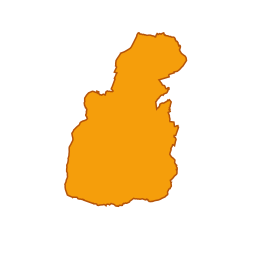 Prigoria, Gorj, Romania, rotated 331°
{"feature_id": "2599482B96975786265772", "entity_name": "Prigoria", "entity_type": "district", "adm_level": 2, "iso_a3": "ROU", "parent_name": "Romania", "parent_adm1": "Gorj", "projection": "albers", "projection_center": [23.699, 45.065], "detail": "fine", "context": "isolated", "style": "filled", "palette": "amber", "viewbox_px": 256, "rotation_deg": 331, "n_neighbors": 0, "source": "geoboundaries", "source_scale": "gbopen_adm2", "svg_char_len": 5791}
<svg xmlns="http://www.w3.org/2000/svg" viewBox="0 0 256 256"><g transform="rotate(331 128 128)"><path d="M130.3,205.5L130.9,204.8L131.4,203.4L131.6,203.0L134.1,201.3L134.6,201.2L135.4,201.4L135.6,201.2L136.3,200.6L137.6,200.0L138.2,198.9L138.6,197.5L138.9,197.1L139.4,196.7L139.1,196.6L139.2,196.2L139.5,194.8L139.5,194.6L139.7,194.2L140.9,194.1L141.1,194.3L141.7,193.9L143.5,193.4L145.1,192.6L148.0,192.0L149.1,191.1L149.2,190.5L149.7,189.9L150.1,189.0L150.0,188.5L150.2,187.8L150.8,188.2L151.5,187.0L151.7,186.5L151.6,185.6L151.7,184.9L151.9,184.5L152.5,184.2L152.1,183.4L152.1,182.7L151.9,181.8L152.0,180.9L153.5,178.8L153.3,177.7L152.8,176.4L152.7,175.6L152.2,175.0L152.0,174.4L151.9,173.7L151.9,172.8L151.8,172.1L151.8,171.1L153.8,169.1L154.7,168.4L155.1,167.6L155.5,167.4L155.3,167.0L155.4,166.8L157.9,165.3L158.9,164.3L159.5,164.5L159.5,164.8L159.9,165.0L159.8,165.4L160.1,166.1L163.3,162.4L164.3,161.6L164.5,161.2L164.6,160.8L164.7,159.6L164.7,159.3L164.1,158.7L164.0,158.2L164.5,157.2L164.8,156.9L165.4,157.3L166.1,157.6L172.4,152.0L172.5,151.8L172.2,151.5L172.2,151.3L172.8,150.1L171.9,149.7L170.2,149.7L169.9,149.4L169.4,149.2L171.0,145.1L167.8,142.7L168.2,141.5L169.0,140.6L169.6,138.4L170.3,136.9L170.3,135.9L170.7,133.8L172.1,134.0L173.0,134.0L173.1,133.6L172.8,132.0L173.9,131.9L173.8,130.5L174.3,130.1L175.1,129.9L176.1,128.5L178.4,126.2L177.9,123.3L176.5,123.5L176.4,122.9L175.1,123.5L171.1,123.5L170.5,123.0L170.2,122.8L169.0,122.6L167.7,122.7L167.4,122.7L166.6,123.8L166.3,123.9L165.9,124.3L164.4,124.9L163.0,125.0L162.3,125.3L164.9,118.6L165.1,118.4L165.9,118.3L167.5,117.3L168.2,117.0L168.5,117.1L169.6,116.8L170.3,116.3L171.6,115.9L172.5,115.5L173.0,115.5L173.9,115.7L174.3,115.9L174.6,116.4L175.9,115.7L177.6,115.8L178.0,116.0L178.7,116.0L179.3,115.9L180.3,115.1L180.7,115.0L180.8,114.7L181.1,114.4L181.8,114.1L182.5,114.1L183.3,112.8L182.8,112.2L182.2,112.2L181.5,112.7L180.2,111.9L180.5,109.0L180.2,108.3L179.7,108.0L178.9,106.9L179.0,105.0L178.7,103.7L178.6,101.9L178.4,100.9L188.8,103.2L189.1,101.9L189.7,101.2L190.0,101.2L191.1,101.3L192.4,101.6L195.1,102.1L195.2,101.4L196.0,101.5L198.6,102.3L201.4,101.9L204.8,100.7L205.9,100.5L211.9,97.3L212.8,94.9L212.9,94.1L212.6,92.2L212.0,91.4L211.4,89.7L210.9,88.9L210.8,86.5L210.7,85.8L210.9,85.4L210.8,85.0L211.1,84.3L211.7,84.1L212.4,83.2L213.1,82.6L213.3,82.2L213.5,81.5L213.4,81.0L212.7,81.3L212.2,80.9L212.6,79.5L212.6,78.8L212.8,78.4L212.9,77.7L213.1,77.5L212.9,77.0L213.0,76.3L212.7,75.7L212.3,75.7L212.2,75.2L212.1,74.3L212.4,73.5L212.2,73.2L212.5,72.9L212.4,72.5L212.5,71.5L211.9,70.6L210.2,69.7L209.8,69.3L209.8,68.8L209.3,68.4L208.8,68.2L208.2,67.8L208.1,67.5L207.7,66.9L205.4,65.1L205.6,64.6L205.0,64.2L205.3,62.6L205.1,62.6L205.2,62.1L203.4,61.8L202.3,62.0L202.1,61.5L201.5,60.8L200.7,60.9L199.8,60.8L199.9,60.4L199.3,59.5L197.4,60.6L196.3,61.7L195.6,61.2L195.3,60.2L194.1,59.3L192.5,57.6L191.3,56.9L190.0,56.4L189.1,55.9L188.9,55.5L188.0,54.7L187.5,54.5L187.3,54.0L186.7,53.5L185.8,53.2L185.3,52.4L184.7,52.0L184.0,51.8L184.0,50.6L183.9,50.3L183.4,50.2L183.2,49.8L182.7,49.9L181.1,50.8L179.8,52.2L174.6,55.8L170.4,58.6L168.8,59.3L166.7,59.5L162.6,59.6L161.1,59.5L157.7,59.0L157.5,59.4L152.4,62.0L150.3,63.2L148.4,65.8L147.9,67.0L147.2,67.7L147.3,67.9L147.5,67.9L147.6,69.2L143.1,72.5L145.0,74.5L143.1,75.7L142.4,76.4L140.2,77.9L140.0,78.2L140.4,78.9L134.0,84.4L132.9,85.1L132.3,85.7L132.5,85.9L132.9,88.4L132.0,88.6L131.8,88.5L130.4,87.7L129.8,87.0L128.5,86.4L128.1,85.8L127.9,85.6L126.7,85.6L125.8,86.0L125.8,86.3L125.7,86.6L124.6,87.4L124.2,88.1L123.8,87.9L123.6,87.2L122.7,86.4L121.2,86.5L120.6,86.3L120.5,85.9L119.4,85.1L119.5,84.5L118.5,83.1L119.1,82.5L119.5,82.9L120.0,82.3L119.0,81.1L118.6,80.7L117.9,81.9L117.7,81.9L115.3,79.1L114.6,78.6L110.5,78.2L107.6,79.2L106.6,79.8L104.6,80.9L103.3,83.2L103.1,83.9L102.0,84.7L101.8,85.0L101.4,86.2L101.1,86.7L101.2,87.0L100.9,87.6L101.0,87.8L101.0,88.6L100.9,88.8L100.7,89.4L101.0,89.6L101.1,89.9L100.8,90.6L100.9,90.8L100.9,91.0L101.1,91.4L100.9,92.0L100.2,92.8L99.8,93.1L99.8,93.4L99.4,93.6L99.2,94.4L98.7,94.7L98.6,95.3L98.2,95.6L97.7,95.7L97.1,96.7L97.3,97.2L97.2,97.6L97.4,98.1L97.4,98.5L97.1,98.8L97.2,99.5L97.0,100.2L96.6,100.2L95.3,100.6L93.4,100.4L91.8,100.0L89.3,100.0L88.4,100.4L87.7,101.1L87.0,101.6L83.5,102.3L79.7,103.4L78.4,104.4L76.4,105.4L76.0,106.2L75.9,106.9L75.6,107.4L74.9,110.0L74.4,111.1L73.9,111.8L73.3,112.4L71.3,113.7L70.4,114.4L67.4,116.2L66.6,117.4L65.0,120.5L63.9,122.0L63.0,123.5L60.7,125.8L60.5,126.7L58.7,129.0L57.9,129.8L56.9,130.4L56.3,131.1L55.5,132.8L54.5,134.1L53.3,136.2L53.2,138.0L52.1,139.8L51.7,141.0L50.7,142.2L48.8,143.6L47.8,144.9L45.5,146.7L45.2,147.8L44.3,149.3L43.5,151.5L42.5,157.2L43.0,157.8L43.0,158.0L45.9,161.7L45.9,162.0L46.5,161.9L49.8,163.9L50.0,165.0L49.9,165.4L50.0,165.6L51.0,166.6L51.7,166.9L53.7,168.7L53.9,168.5L54.6,169.3L54.3,169.6L60.1,176.2L60.6,176.8L61.0,176.9L61.3,177.3L61.2,177.6L61.5,177.9L62.7,178.5L63.7,179.3L63.8,179.9L63.7,180.7L64.8,181.5L66.0,181.7L68.6,182.9L69.8,183.2L70.4,183.7L71.1,185.3L71.8,184.6L72.6,184.5L73.0,184.6L73.6,185.0L74.6,186.0L74.7,186.3L76.6,185.8L76.8,186.2L78.0,187.2L79.0,188.5L79.3,190.0L79.9,190.4L80.0,190.6L80.5,191.1L81.0,191.1L81.2,191.5L81.8,191.9L82.9,191.4L84.8,192.6L85.2,192.6L85.6,192.9L86.6,192.0L87.2,192.1L87.6,191.9L87.8,192.3L89.5,192.4L89.9,192.9L90.5,193.2L92.9,193.4L93.4,193.4L94.1,192.9L98.9,192.3L99.8,193.4L101.3,194.1L102.1,194.9L103.1,195.3L103.9,196.1L106.3,196.9L107.9,198.8L108.2,198.8L108.3,199.2L108.8,199.5L109.1,199.6L109.6,199.3L109.9,199.3L110.6,200.2L110.7,200.4L110.4,200.8L110.4,201.2L110.8,201.8L110.8,202.4L111.9,203.2L112.9,203.7L113.5,203.7L113.8,204.1L116.2,204.5L119.7,205.7L122.1,206.0L123.2,205.9L127.0,206.2L127.5,206.1L128.6,205.7L130.3,205.5Z" fill="#f59e0b" stroke="#b45309" stroke-width="1.5"/></g></svg>